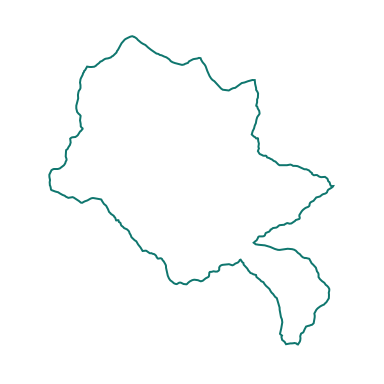 Gakiling, Ha, Bhutan, rotated 266°
{"feature_id": "84629894B40252407393905", "entity_name": "Gakiling", "entity_type": "district", "adm_level": 2, "iso_a3": "BTN", "parent_name": "Bhutan", "parent_adm1": "Ha", "projection": "natural_earth1", "projection_center": [89.208, 27.137], "detail": "fine", "context": "isolated", "style": "outline", "palette": "teal", "viewbox_px": 384, "rotation_deg": 266, "n_neighbors": 0, "source": "geoboundaries", "source_scale": "gbopen_adm2", "svg_char_len": 6006}
<svg xmlns="http://www.w3.org/2000/svg" viewBox="0 0 384 384"><g transform="rotate(266 192 192)"><path d="M76.4,321.1L80.1,321.5L81.9,321.4L83.8,322.0L85.6,322.2L87.5,321.4L89.1,320.1L90.1,318.9L92.2,317.7L94.0,315.5L96.2,313.5L98.3,312.3L101.0,312.5L102.2,312.3L104.2,311.1L107.9,310.3L111.3,307.6L112.5,306.4L117.2,304.3L118.3,300.9L118.2,300.0L119.2,297.9L120.8,296.4L122.3,295.4L123.9,293.4L126.2,291.5L127.3,289.9L128.0,287.9L128.7,283.5L128.1,275.5L128.3,273.7L129.4,270.7L131.7,266.3L133.7,260.9L134.7,254.9L135.4,251.9L137.1,250.0L138.3,251.5L139.3,253.1L141.3,254.4L142.4,254.9L142.8,255.4L143.0,256.0L142.8,259.2L142.9,260.5L143.6,261.6L145.8,262.6L146.1,263.1L147.1,266.2L148.4,267.6L149.0,267.7L149.4,268.8L150.4,270.3L150.6,273.5L151.1,274.7L152.3,276.1L152.8,277.2L152.9,281.8L153.6,282.8L154.3,284.6L154.3,285.2L153.6,287.0L153.7,288.9L155.9,292.7L156.8,293.6L157.6,297.0L158.0,297.5L159.2,297.7L160.3,297.4L161.5,297.5L165.0,300.0L166.3,301.3L167.7,303.3L168.3,304.4L169.1,306.9L169.8,307.9L170.3,308.2L172.1,308.6L173.1,309.2L173.8,310.3L174.7,312.6L177.9,315.6L178.6,319.3L180.4,321.9L180.8,323.1L181.0,324.4L181.5,325.6L182.2,326.6L183.8,327.3L184.8,328.1L186.5,331.5L187.6,333.0L188.1,333.3L188.1,332.1L188.3,331.3L188.6,330.9L189.7,330.4L191.7,330.0L192.2,329.8L193.2,328.7L195.6,328.1L196.4,327.4L197.8,325.7L197.8,321.9L198.4,320.1L200.1,318.0L200.3,316.8L200.2,315.0L200.3,314.5L201.8,312.9L202.7,312.9L203.7,311.6L205.4,310.2L206.7,307.6L206.8,306.0L207.0,305.4L210.4,299.2L210.8,297.3L211.0,294.7L212.0,293.3L212.5,292.0L212.1,288.5L212.6,281.2L213.4,280.1L216.5,277.4L217.3,275.7L219.0,273.9L219.5,272.7L220.3,271.7L221.3,269.3L222.7,268.7L223.1,268.1L223.1,266.5L223.3,265.5L224.3,263.9L225.0,262.5L225.6,261.9L228.2,260.6L230.9,261.8L232.3,261.4L235.6,262.1L238.4,261.6L240.8,261.6L241.1,261.2L240.9,260.2L241.0,259.7L242.2,258.9L243.0,257.6L245.2,255.6L248.5,256.8L251.0,258.3L253.8,259.2L256.2,260.5L259.5,261.3L261.9,262.2L262.7,262.7L264.9,264.6L265.8,264.9L268.2,264.7L270.8,263.4L272.7,263.0L273.3,262.2L273.8,262.1L276.9,263.2L279.8,263.4L281.5,264.3L285.8,264.8L287.7,264.1L289.4,263.1L291.2,263.2L295.5,262.5L299.3,262.4L299.5,260.0L298.6,255.5L297.6,252.1L297.2,249.2L292.9,242.4L292.7,240.3L292.1,238.6L290.7,235.8L291.9,229.8L293.2,228.2L301.0,222.0L302.3,220.3L303.9,219.0L306.5,217.6L311.7,215.7L316.4,214.4L318.2,213.5L320.6,211.7L323.1,210.4L324.9,209.9L325.3,208.3L324.8,206.6L324.5,203.1L324.3,202.2L322.5,198.1L321.1,197.0L320.3,194.0L319.7,192.8L319.6,191.8L319.5,190.9L321.8,184.0L323.0,181.3L323.6,180.7L323.9,180.0L325.9,178.6L328.1,175.9L329.1,173.6L330.5,171.2L330.9,169.6L332.1,168.0L332.6,166.2L336.6,161.2L339.2,158.3L341.9,155.8L343.2,153.5L344.4,151.8L347.5,148.6L349.0,147.5L350.8,145.2L350.8,144.6L351.5,143.7L351.5,142.6L351.2,141.2L350.2,138.6L349.3,136.5L348.7,135.5L345.3,132.1L339.0,128.1L337.8,127.0L336.4,126.4L333.3,122.7L332.8,121.5L331.9,120.4L331.2,117.7L331.0,115.2L330.6,114.0L328.8,111.0L328.5,109.7L327.2,108.4L325.3,105.6L324.6,104.9L323.8,103.2L323.7,100.5L323.9,98.3L324.4,96.1L320.9,93.8L320.3,92.9L318.9,92.4L318.1,91.6L316.7,91.2L313.2,89.1L312.1,88.6L308.9,87.9L306.5,88.2L303.5,88.0L302.4,87.5L300.7,86.1L299.3,85.6L296.8,85.0L293.3,85.0L286.2,82.6L283.5,82.4L279.9,83.0L278.0,84.3L277.0,85.4L275.7,86.2L271.3,85.3L267.7,85.7L265.3,85.6L264.2,86.2L263.1,87.3L262.6,87.3L260.6,85.4L260.2,84.6L256.6,82.0L255.8,80.9L255.0,79.5L254.9,76.2L254.3,74.9L253.7,74.2L249.8,74.4L247.4,73.5L245.5,72.0L243.5,70.8L242.6,69.4L241.7,69.2L236.2,68.5L233.8,69.1L232.7,69.1L231.0,68.1L229.4,67.5L227.6,66.1L224.7,61.7L224.3,59.7L224.6,55.9L224.2,54.5L223.5,53.3L219.2,50.9L216.9,50.8L213.8,51.2L211.7,50.7L208.5,50.7L208.0,51.0L206.6,51.3L204.2,51.5L203.6,52.2L202.0,55.7L201.0,58.6L200.0,59.8L198.1,62.7L197.2,64.7L196.1,65.9L194.8,68.2L195.2,72.5L194.7,73.6L190.9,78.6L189.1,80.5L188.9,81.7L190.1,84.2L190.9,87.1L192.5,90.4L192.9,92.0L192.8,93.4L191.1,100.2L190.8,101.0L189.4,101.6L186.3,103.3L184.3,105.4L180.7,107.0L177.9,107.9L176.4,109.3L176.0,109.4L173.7,112.3L172.8,112.6L172.0,113.4L171.6,113.6L169.0,114.3L168.9,114.8L169.1,116.3L168.9,116.7L167.2,117.0L166.4,118.2L166.0,118.5L164.3,118.8L163.3,119.3L162.0,120.8L160.7,121.8L159.3,124.5L157.7,126.0L156.8,126.5L155.1,126.9L153.7,127.7L151.1,128.5L147.9,131.4L146.7,133.0L143.4,134.6L140.2,136.8L136.6,138.6L136.7,141.9L136.4,142.5L134.1,145.3L133.8,145.8L133.8,147.3L133.2,148.2L132.7,149.8L132.3,150.4L131.0,151.7L129.6,152.1L129.4,152.4L128.3,152.9L127.9,153.5L128.1,155.8L128.0,156.4L127.4,157.3L125.7,158.1L124.9,158.9L121.3,160.6L120.1,160.9L118.3,160.8L110.2,162.0L107.4,163.0L105.4,164.2L103.7,166.2L102.3,167.5L101.8,168.4L101.4,169.3L101.2,170.4L102.4,172.8L102.5,173.8L102.2,174.8L100.8,177.2L100.3,180.0L100.5,180.5L101.7,181.8L102.9,183.5L104.0,186.0L104.3,187.5L104.3,188.5L103.6,191.8L102.7,193.6L102.3,194.6L102.7,196.5L104.9,199.6L106.1,202.4L106.6,202.9L107.5,203.2L110.4,203.7L111.0,204.3L111.0,206.0L111.4,207.9L110.9,210.1L110.9,211.7L111.6,213.0L112.4,213.7L114.9,213.9L116.2,214.9L116.9,216.1L117.2,217.5L117.4,223.9L116.1,227.0L116.1,227.5L116.6,228.7L117.6,230.2L118.3,232.5L118.6,233.1L120.0,234.5L120.8,234.9L121.1,235.8L118.3,237.4L117.7,238.3L115.9,238.5L111.8,241.8L109.5,242.9L108.7,243.7L107.6,244.3L107.1,244.8L106.4,246.4L105.7,247.3L104.7,250.1L102.9,250.3L102.4,250.7L99.6,253.8L98.2,254.8L97.1,256.9L95.0,258.0L93.1,259.4L90.0,262.4L87.0,263.8L85.8,264.6L84.7,265.7L81.6,267.6L80.2,269.2L70.6,271.3L68.5,271.2L61.1,272.0L58.7,272.8L55.7,273.0L49.7,271.5L44.4,269.9L43.8,270.3L42.5,271.8L41.2,271.1L38.2,271.6L36.1,273.9L33.6,275.2L34.1,279.4L34.0,281.9L34.2,283.8L33.6,285.6L32.7,286.4L32.5,287.1L35.2,289.1L36.4,289.6L38.5,290.0L40.6,289.9L42.9,290.8L43.3,291.2L44.1,293.0L44.5,293.4L47.2,294.8L49.8,296.4L50.4,298.8L50.5,299.9L50.9,300.9L51.2,302.5L52.6,304.2L58.2,305.6L59.9,305.8L62.3,305.6L65.9,307.9L67.2,309.3L68.9,311.9L69.7,313.6L70.6,316.0L71.5,316.8L72.6,318.3L76.4,321.1Z" fill="none" stroke="#0f766e" stroke-width="2"/></g></svg>